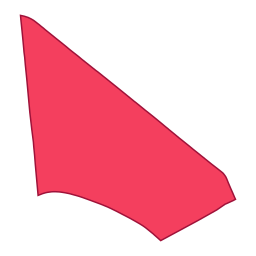 Khlong Toei, Bangkok Metropolis, Thailand
{"feature_id": "78962969B43095754832061", "entity_name": "Khlong Toei", "entity_type": "district", "adm_level": 2, "iso_a3": "THA", "parent_name": "Thailand", "parent_adm1": "Bangkok Metropolis", "projection": "robinson", "projection_center": [100.573, 13.719], "detail": "fine", "context": "isolated", "style": "filled", "palette": "rose", "viewbox_px": 256, "rotation_deg": 0, "n_neighbors": 0, "source": "geoboundaries", "source_scale": "gbopen_adm2", "svg_char_len": 1608}
<svg xmlns="http://www.w3.org/2000/svg" viewBox="0 0 256 256"><path d="M235.5,199.3L234.6,197.4L232.7,192.9L230.6,188.2L228.3,182.8L226.7,178.8L225.8,176.9L225.0,175.7L224.5,175.0L224.3,174.8L224.0,174.3L223.7,174.0L223.1,173.2L222.6,172.8L221.8,172.1L219.4,170.2L213.9,165.9L211.8,164.3L194.4,150.3L192.9,149.1L189.3,146.1L187.3,144.5L183.2,141.2L178.8,137.7L175.2,134.7L171.3,131.5L168.7,129.4L168.1,128.8L165.7,126.9L163.2,124.8L157.4,120.0L150.4,114.3L145.2,110.2L140.2,106.1L135.4,102.2L134.4,101.5L130.4,98.2L122.9,92.1L117.7,87.9L103.4,76.4L97.7,71.8L96.0,70.6L92.0,67.4L85.6,62.3L81.7,59.2L79.0,56.9L72.0,51.4L69.5,49.4L66.3,46.7L61.5,42.8L60.6,42.1L55.6,38.1L45.7,30.1L45.3,29.8L43.3,28.0L43.0,27.8L40.6,25.9L39.1,24.6L37.9,23.7L36.0,22.2L35.1,21.5L33.5,20.3L31.1,18.9L28.0,17.4L26.0,16.8L25.8,16.7L24.2,16.2L20.5,15.4L20.9,19.8L21.9,29.5L22.9,39.7L23.8,49.4L24.0,52.0L24.7,57.4L25.3,64.5L26.8,79.3L28.3,95.7L29.8,112.1L31.8,129.5L33.4,142.1L33.7,146.1L34.6,155.4L35.3,164.3L35.4,165.4L35.8,169.9L38.1,195.4L42.1,193.8L44.0,193.2L45.8,192.7L47.7,192.3L51.6,191.8L53.4,191.7L55.3,191.7L57.2,191.8L59.1,191.9L60.9,192.1L62.8,192.4L64.7,192.7L68.3,193.4L70.1,193.8L73.6,194.8L76.2,195.5L79.0,196.3L82.6,197.5L86.2,198.8L89.8,200.1L95.2,202.1L100.6,204.1L107.7,207.0L111.1,208.6L116.2,211.1L123.3,214.8L124.5,215.4L129.5,218.0L134.5,220.8L139.4,223.6L142.6,225.6L144.2,226.7L145.7,227.8L152.1,233.0L153.0,233.7L154.5,235.1L156.0,236.4L160.7,240.6L197.6,220.7L216.8,209.9L225.2,204.1L226.5,203.6L227.4,203.2L231.1,201.5L232.9,200.7L235.5,199.3Z" fill="#f43f5e" stroke="#9f1239" stroke-width="1.5"/></svg>